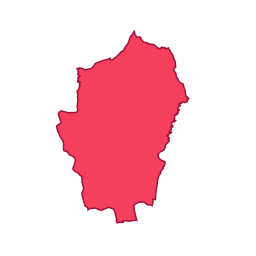 the district of Vulcana-Pandele, Dâmbovita, Romania, rotated 52°
{"feature_id": "2599482B55565762838065", "entity_name": "Vulcana-Pandele", "entity_type": "district", "adm_level": 2, "iso_a3": "ROU", "parent_name": "Romania", "parent_adm1": "Dâmbovita", "projection": "mercator", "projection_center": [25.375, 45.036], "detail": "fine", "context": "isolated", "style": "filled", "palette": "rose", "viewbox_px": 256, "rotation_deg": 52, "n_neighbors": 0, "source": "geoboundaries", "source_scale": "gbopen_adm2", "svg_char_len": 5628}
<svg xmlns="http://www.w3.org/2000/svg" viewBox="0 0 256 256"><g transform="rotate(52 128 128)"><path d="M167.9,209.8L167.8,209.4L167.9,208.4L168.7,206.8L170.3,204.0L171.3,202.8L172.3,202.2L173.6,201.8L175.2,200.8L176.1,199.9L176.6,199.1L177.5,196.0L178.2,193.2L178.8,192.1L180.3,190.8L182.1,189.8L184.1,189.3L192.5,192.9L194.4,194.7L196.0,195.0L196.0,194.8L196.2,194.2L196.6,193.5L196.5,193.4L197.6,192.1L198.3,191.3L198.8,190.6L199.3,189.4L198.2,188.5L200.9,185.7L202.1,184.3L202.8,183.3L204.1,180.7L206.2,177.9L204.8,177.5L201.4,175.8L196.7,173.7L195.2,172.9L194.7,172.2L193.5,172.0L192.5,171.1L192.6,167.3L193.0,165.9L193.6,164.7L195.5,161.8L196.1,161.2L196.9,160.6L198.5,160.5L200.8,159.6L201.8,158.3L202.8,157.4L204.1,156.8L202.0,154.3L199.6,152.1L201.3,150.5L198.7,148.2L195.1,144.8L193.3,143.0L192.9,142.4L192.4,142.1L191.4,140.8L186.7,136.1L186.1,135.3L183.7,131.8L184.0,130.8L184.1,130.2L183.8,129.9L182.7,129.7L181.9,128.1L181.8,127.7L182.0,127.2L182.0,126.4L181.3,124.9L180.3,124.6L180.2,124.2L180.4,123.4L179.6,121.8L178.1,120.2L177.6,119.9L177.1,119.8L176.5,120.1L174.5,121.3L172.2,122.1L171.1,122.1L169.5,121.9L169.0,121.6L168.3,121.4L168.2,121.1L167.4,121.1L166.9,119.4L166.7,117.9L166.8,116.8L167.3,115.2L167.3,113.8L167.3,113.3L166.9,112.0L166.6,111.6L166.0,110.6L164.9,109.5L164.3,108.5L163.7,103.5L163.1,103.4L161.6,103.5L161.8,102.0L161.7,101.9L161.1,101.6L160.7,101.7L160.2,101.5L159.4,102.0L158.4,101.9L158.2,101.8L158.1,101.3L158.6,100.7L158.1,99.4L157.7,98.9L157.2,98.6L157.5,98.3L158.3,97.9L158.4,96.9L158.3,96.4L158.0,96.4L157.4,96.6L157.1,97.0L156.3,97.5L155.7,95.7L156.0,95.4L155.8,94.8L154.4,94.1L154.2,93.9L153.8,93.9L153.7,93.7L153.6,93.1L153.8,92.7L154.5,92.5L154.5,92.4L154.6,92.1L154.0,92.0L153.8,91.8L153.8,91.3L153.7,91.2L153.0,91.6L152.8,91.6L151.5,91.3L151.1,90.9L150.8,89.9L150.5,89.5L150.6,88.8L150.5,88.6L150.4,88.2L150.6,88.0L151.5,87.9L151.7,87.7L151.8,87.5L151.8,87.2L151.7,87.0L151.5,86.8L151.1,86.9L151.2,86.2L150.0,87.0L149.8,87.0L149.5,85.8L149.0,85.6L148.9,85.4L148.8,84.9L148.5,84.8L147.6,84.6L147.4,84.4L147.2,83.8L146.9,83.4L146.9,83.1L147.4,82.5L147.4,82.3L147.3,82.1L146.7,81.7L146.3,81.4L146.2,81.0L146.2,80.7L146.3,80.5L146.9,80.7L147.2,80.8L147.5,80.5L147.4,80.2L147.2,80.0L146.8,79.1L146.7,78.9L146.2,78.5L145.6,78.5L145.3,77.7L145.5,77.4L145.5,76.9L145.4,76.4L145.0,76.3L144.8,76.5L144.6,76.8L144.4,77.5L144.2,77.6L143.4,76.7L142.7,76.4L142.7,75.5L142.4,74.7L142.7,73.6L142.7,73.4L142.6,73.1L142.2,72.8L141.7,72.8L141.4,73.5L141.0,73.6L140.7,73.3L140.2,72.5L140.2,72.2L140.5,71.5L141.2,71.0L141.3,70.8L141.4,70.2L141.1,68.9L141.5,68.5L141.9,68.1L143.0,67.6L143.1,67.0L143.2,66.4L143.6,66.0L143.6,65.4L143.3,64.7L142.4,64.6L142.4,64.4L142.7,64.2L142.8,64.0L142.2,62.0L140.3,62.2L138.4,62.6L136.3,61.6L135.7,61.4L134.8,60.7L132.7,59.6L131.7,59.3L128.7,58.2L128.2,57.8L127.5,57.5L127.2,57.5L125.8,58.2L125.1,58.9L123.1,59.0L122.4,59.2L121.7,59.1L120.5,58.6L119.3,58.3L118.6,58.5L117.7,58.4L116.7,58.0L115.3,57.1L113.9,56.5L113.3,56.5L112.0,56.7L110.7,56.4L109.4,54.9L109.3,52.8L107.7,52.0L106.4,50.9L104.8,50.1L104.7,49.9L103.1,49.7L102.8,49.7L101.8,49.2L101.3,49.3L99.0,48.1L97.1,47.6L95.1,47.7L92.9,47.3L90.3,47.2L89.9,46.1L89.9,46.6L89.6,47.9L88.7,49.2L88.6,49.6L88.4,49.7L87.7,49.4L87.1,49.5L87.0,49.8L87.0,50.5L86.9,50.8L86.7,50.9L85.9,51.0L85.6,51.2L85.0,51.9L85.0,52.3L85.5,53.3L85.3,54.2L84.8,54.6L84.5,54.6L83.3,55.1L82.7,55.6L81.4,55.5L79.3,56.2L78.3,56.2L77.4,57.0L77.0,57.6L75.3,59.1L73.9,60.2L73.1,60.6L72.8,60.5L72.7,60.4L72.1,60.9L71.9,61.4L69.7,62.8L69.1,63.0L66.3,62.9L65.1,62.5L64.2,62.4L63.7,62.5L63.2,63.2L62.5,64.2L62.4,64.5L62.1,64.9L61.0,65.0L58.5,65.1L58.2,65.0L57.3,64.2L56.2,63.8L55.8,63.4L55.6,63.4L57.5,68.5L57.3,68.9L57.3,69.4L58.4,71.4L60.5,74.3L60.6,74.9L61.5,76.3L61.8,77.1L61.9,78.3L62.3,79.3L62.5,80.5L64.4,84.2L64.2,84.4L63.9,85.6L63.7,87.5L64.0,87.8L64.2,88.7L64.9,94.2L64.6,94.6L64.5,95.1L64.7,96.9L64.5,98.6L64.2,99.2L63.5,99.5L62.5,99.6L61.9,99.3L61.2,102.1L60.3,104.2L58.7,108.3L57.0,114.1L58.3,117.6L58.4,119.6L58.2,121.1L57.2,123.2L56.0,125.2L55.4,126.6L54.5,126.7L53.0,127.3L52.3,128.0L50.9,129.0L50.6,130.1L49.8,131.5L50.1,131.8L51.0,131.5L51.4,131.7L52.1,132.3L53.0,132.2L53.5,132.4L54.0,133.7L54.5,134.2L55.2,134.2L55.4,134.6L55.9,134.8L56.3,134.8L56.5,134.3L56.8,134.3L57.4,133.9L57.7,133.9L57.7,134.7L57.4,136.2L57.6,136.4L58.1,136.5L58.0,136.9L58.2,137.1L59.0,137.4L59.7,137.9L59.9,138.4L60.8,139.3L61.1,139.3L61.4,138.7L61.3,137.9L61.8,137.6L62.5,137.5L63.0,138.0L63.0,138.8L64.5,140.0L65.3,140.0L65.7,141.1L66.6,142.2L67.6,143.9L67.6,144.4L67.5,144.9L67.5,145.4L68.5,145.7L69.7,146.6L70.6,146.8L72.0,148.3L74.3,149.6L80.0,155.0L82.7,156.5L83.5,157.1L83.9,158.1L83.8,159.3L79.3,165.6L73.4,170.1L73.1,172.6L73.8,174.1L82.8,177.6L82.4,183.0L84.8,184.3L85.4,184.4L87.1,185.4L87.8,185.6L88.7,185.5L89.2,185.6L93.2,186.9L95.0,186.8L97.3,187.2L99.4,187.8L100.8,188.4L103.0,190.5L104.3,191.3L105.6,192.2L106.2,192.4L106.7,192.4L108.2,191.1L109.4,190.6L110.2,190.5L112.9,190.6L113.6,190.5L114.2,190.1L114.8,189.4L115.7,189.1L117.3,188.7L118.8,188.5L119.3,188.6L120.4,189.0L121.2,189.5L122.2,190.7L125.0,194.6L125.6,196.0L126.0,196.3L126.3,196.6L127.0,196.8L129.7,196.4L131.2,195.7L131.7,195.4L132.2,195.2L133.8,195.0L136.1,195.0L137.2,194.4L137.6,194.3L137.8,194.3L138.4,194.7L139.1,195.3L140.8,196.1L142.3,197.4L145.9,199.2L146.9,199.4L147.1,199.6L149.0,201.0L149.3,201.4L149.5,201.7L150.2,203.1L151.2,204.7L152.3,205.1L153.7,206.1L154.2,206.3L154.4,206.2L157.0,207.3L157.3,207.6L162.4,209.3L163.4,209.9L163.7,209.5L164.0,209.3L165.7,208.9L166.5,209.0L167.9,209.8Z" fill="#f43f5e" stroke="#9f1239" stroke-width="1.5"/></g></svg>